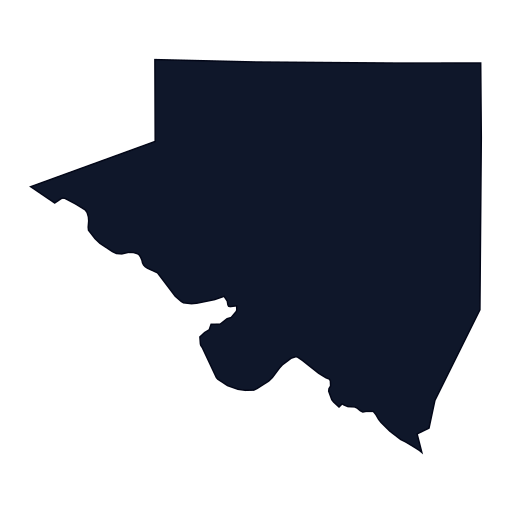 Randolph, Illinois, United States of America
{"feature_id": "52423323B77874601092989", "entity_name": "Randolph", "entity_type": "district", "adm_level": 2, "iso_a3": "USA", "parent_name": "United States of America", "parent_adm1": "Illinois", "projection": "albers", "projection_center": [-89.91, 38.013], "detail": "fine", "context": "isolated", "style": "filled", "palette": "ink", "viewbox_px": 512, "rotation_deg": 0, "n_neighbors": 0, "source": "geoboundaries", "source_scale": "gbopen_adm2", "svg_char_len": 1398}
<svg xmlns="http://www.w3.org/2000/svg" viewBox="0 0 512 512"><path d="M480.7,63.0L399.6,63.1L255.8,62.0L154.9,59.6L155.2,141.4L30.7,186.7L54.7,203.0L61.2,198.6L62.6,198.1L64.8,198.3L75.1,203.7L85.2,209.9L87.1,212.5L88.4,216.9L88.7,220.9L88.2,227.1L88.5,230.2L95.0,238.6L100.0,243.4L112.4,251.6L116.4,253.5L121.8,253.9L128.2,252.4L133.5,252.5L137.7,253.8L139.2,254.9L140.6,257.1L142.0,260.4L142.5,262.8L143.6,265.0L145.2,266.7L147.6,268.3L157.5,272.8L175.2,296.2L181.3,301.5L183.5,302.8L191.5,303.7L196.9,303.2L214.6,299.6L224.1,296.3L227.3,301.1L227.9,304.8L228.6,306.2L230.2,306.6L236.6,305.8L236.8,309.7L236.4,311.3L231.2,317.5L227.1,318.7L220.1,324.2L211.1,324.3L209.2,329.8L204.7,332.5L199.9,336.9L200.4,343.9L200.8,345.4L202.3,347.6L216.4,377.6L217.8,379.2L226.9,385.2L227.5,385.6L238.0,389.3L245.3,390.3L253.8,390.1L257.1,388.5L268.8,381.0L272.4,377.5L279.5,368.0L282.4,364.8L291.2,358.2L295.8,356.7L297.4,357.0L302.1,360.2L318.8,373.4L326.0,377.8L329.4,379.1L330.4,380.9L330.6,386.0L329.0,388.6L328.7,391.2L331.8,399.7L333.6,402.0L339.0,407.0L342.2,403.8L343.8,404.9L347.9,406.6L354.6,406.9L357.0,408.0L360.4,410.8L362.8,412.0L365.9,411.4L373.3,411.4L375.9,414.6L378.6,419.3L381.1,422.5L389.9,431.2L400.7,439.5L405.4,441.8L415.5,447.9L419.4,450.4L421.8,452.4L417.1,433.9L429.0,428.1L434.9,400.4L479.9,309.8L481.3,137.6L480.7,63.0Z" fill="#0f172a" stroke="#020617" stroke-width="1.5"/></svg>